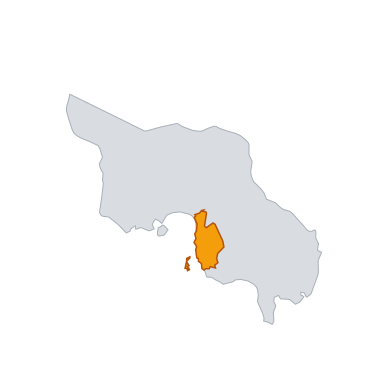 where Sfax sits in Tunisia, rotated 128°
{"feature_id": "TUN-114", "entity_name": "Sfax", "entity_type": "Governorate", "adm_level": 1, "iso_a3": "TUN", "parent_name": "Tunisia", "parent_adm1": "", "projection": "albers", "projection_center": [10.434, 34.714], "detail": "coarse", "context": "in_parent", "style": "filled", "palette": "amber", "viewbox_px": 384, "rotation_deg": 128, "n_neighbors": 0, "source": "natural_earth", "source_scale": "10m", "svg_char_len": 3019}
<svg xmlns="http://www.w3.org/2000/svg" viewBox="0 0 384 384"><g transform="rotate(128 192 192)"><path d="M264.7,218.5L264.6,219.7L263.4,228.1L263.1,231.1L263.0,236.2L263.0,242.3L266.1,247.5L266.2,249.7L265.0,252.4L259.6,255.4L252.6,259.4L246.5,263.1L239.8,267.2L237.8,269.8L234.5,271.9L231.7,273.9L231.2,275.8L229.3,279.5L226.8,282.4L220.4,283.8L219.2,284.6L216.2,289.0L214.9,290.8L213.2,294.4L215.3,303.7L218.0,313.3L218.5,317.4L218.4,320.7L216.9,324.3L213.5,329.4L211.0,333.2L206.1,340.0L204.6,341.6L201.3,343.6L194.8,346.2L190.2,348.5L188.0,338.1L186.1,329.2L184.6,321.9L181.9,309.0L179.6,298.1L177.3,287.1L175.3,277.2L173.2,267.2L172.3,265.8L165.9,261.0L159.9,256.6L153.8,251.5L147.1,246.0L146.2,239.3L143.0,229.1L139.4,223.3L138.1,221.8L130.9,218.0L126.7,215.2L125.6,213.6L124.9,209.5L122.1,201.2L118.9,193.6L117.8,188.5L117.9,182.2L118.7,177.6L120.2,175.7L127.4,170.2L130.9,163.4L135.0,161.0L138.5,159.1L141.4,156.9L144.0,153.4L146.0,149.5L146.4,145.4L147.3,138.7L148.7,134.1L151.8,129.0L150.6,124.7L149.2,120.1L149.8,112.2L149.4,109.0L148.2,106.2L147.0,102.5L147.1,99.5L148.5,91.6L149.5,85.5L151.2,77.7L150.7,75.4L149.6,73.8L146.4,72.0L146.3,70.9L147.2,69.8L152.2,66.0L154.9,60.4L157.2,59.3L160.5,57.3L160.4,55.1L159.7,52.8L168.5,50.3L176.9,43.4L179.8,41.7L199.0,35.5L201.5,36.0L204.3,36.9L203.5,39.3L202.4,41.2L204.0,44.6L206.3,42.6L205.7,41.2L205.6,39.4L209.5,39.2L213.0,39.5L216.8,41.5L216.6,49.1L221.7,56.5L220.2,60.2L224.4,62.4L228.2,59.8L230.0,55.9L236.9,53.7L243.4,47.9L247.0,47.3L247.8,52.0L249.6,56.1L247.1,57.5L244.0,61.9L238.1,72.9L232.6,76.1L228.4,80.4L227.1,83.4L226.7,86.9L227.7,93.2L230.8,99.6L234.3,103.5L237.7,104.6L245.6,110.7L245.5,114.3L246.6,118.6L247.1,123.9L249.9,128.0L244.0,137.1L240.8,143.7L234.5,152.8L228.8,158.7L216.7,167.5L213.7,170.4L211.7,173.4L210.8,176.5L211.1,180.2L215.1,189.3L220.5,194.7L225.9,197.6L235.4,196.4L235.1,199.9L235.8,204.1L239.7,203.9L242.2,203.2L244.4,199.1L249.1,201.9L251.5,210.4L255.5,213.0L256.0,214.0L254.6,214.7L253.5,215.7L254.7,216.4L258.5,217.4L260.8,216.7L264.7,218.5ZM244.4,194.9L243.4,195.1L241.6,196.3L240.7,196.5L238.0,195.1L237.0,195.2L235.7,194.2L236.2,189.1L236.6,187.6L243.0,187.4L246.6,190.4L247.1,191.2L247.3,192.1L245.7,193.9L244.4,194.9ZM255.7,149.4L250.2,152.6L251.2,149.8L254.9,146.5L255.8,147.3L255.7,149.4Z" fill="#d9dde1" stroke="#a8b0b8" stroke-width="1"/><path d="M246.2,134.5L246.2,137.1L242.6,140.5L242.6,144.2L240.5,146.1L241.0,147.6L235.4,153.4L232.1,154.8L230.5,159.3L226.3,160.2L223.2,164.1L219.9,164.5L214.0,168.4L210.6,174.6L208.6,174.3L208.1,175.8L204.0,173.1L200.7,173.1L199.0,171.7L200.7,171.9L199.1,168.6L200.1,167.3L211.2,161.2L211.4,158.8L203.5,156.4L203.2,154.0L211.7,137.5L215.7,133.0L224.7,133.9L229.4,131.5L231.7,128.1L235.7,129.0L237.4,126.7L239.6,131.7L241.8,131.1L243.9,133.9L246.2,134.5ZM255.3,148.5L256.4,150.5L250.4,153.4L251.9,149.2L253.7,149.7L254.8,146.2L256.7,147.1L255.3,148.5ZM244.4,153.8L245.2,153.1L249.7,153.6L247.7,155.3L244.4,153.8Z" fill="#f59e0b" stroke="#b45309" stroke-width="1.5"/></g></svg>